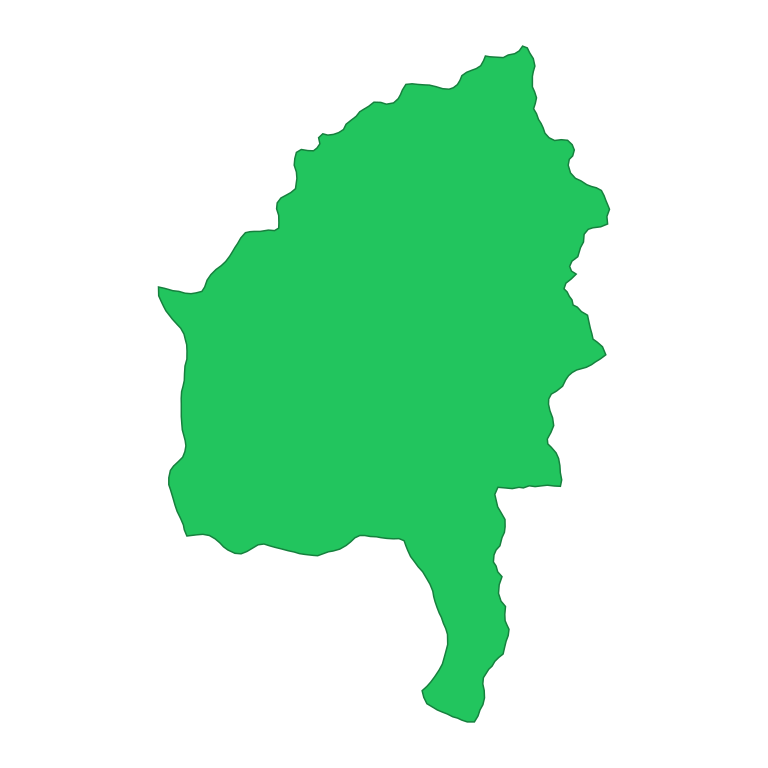 outline of Estrela do Sul, Minas Gerais, Brazil
{"feature_id": "56859067B22487341809350", "entity_name": "Estrela do Sul", "entity_type": "district", "adm_level": 2, "iso_a3": "BRA", "parent_name": "Brazil", "parent_adm1": "Minas Gerais", "projection": "robinson", "projection_center": [-47.718, -18.736], "detail": "fine", "context": "isolated", "style": "filled", "palette": "green", "viewbox_px": 768, "rotation_deg": 0, "n_neighbors": 0, "source": "geoboundaries", "source_scale": "gbopen_adm2", "svg_char_len": 4330}
<svg xmlns="http://www.w3.org/2000/svg" viewBox="0 0 768 768"><path d="M186.9,536.0L192.6,535.3L196.8,534.8L202.9,534.3L209.4,535.5L215.2,538.9L219.9,542.9L223.5,546.8L227.9,550.0L234.9,553.3L241.1,553.8L246.9,551.5L252.6,548.1L258.1,544.8L264.0,544.0L269.6,545.8L274.9,547.3L281.4,548.9L288.1,550.7L294.2,552.0L299.4,553.6L304.7,554.4L309.0,554.9L313.5,555.4L317.7,555.7L322.9,553.8L328.4,551.8L333.1,551.0L339.8,549.1L346.1,545.5L350.6,541.9L354.9,537.8L359.8,535.5L364.8,535.5L370.3,536.5L376.6,536.8L380.6,537.6L386.7,538.4L393.4,538.8L399.0,538.6L404.1,540.7L405.9,545.8L407.7,550.3L410.6,556.6L414.4,561.6L418.1,566.7L422.7,571.8L426.7,578.5L430.0,584.2L432.8,591.1L433.7,596.5L435.0,601.4L437.0,607.3L439.2,613.0L441.4,617.4L443.4,623.3L445.8,628.7L447.5,634.4L447.7,644.5L445.5,652.9L443.7,659.4L442.4,664.0L439.2,669.9L434.8,676.6L430.7,682.1L426.9,686.4L422.1,690.7L423.8,697.4L426.9,703.7L431.6,706.5L437.2,709.9L441.9,711.9L447.3,714.0L452.8,716.8L457.6,718.1L461.8,720.1L467.2,721.9L474.4,721.9L478.0,716.0L480.0,709.9L482.9,704.7L484.5,697.9L484.2,690.5L482.8,683.9L483.4,677.7L486.2,673.3L488.7,669.3L492.1,666.1L494.8,661.4L498.7,657.5L503.1,654.0L504.4,648.3L506.1,641.2L508.2,635.6L509.0,629.3L507.0,625.1L505.1,620.7L504.8,614.4L505.5,606.5L501.0,601.1L498.5,593.4L499.2,584.7L502.0,576.7L497.7,571.8L496.1,566.1L493.4,562.0L494.0,554.9L496.1,550.0L499.9,545.8L502.0,537.6L504.4,532.4L505.1,526.8L505.0,519.5L500.7,512.0L497.7,506.9L496.4,501.3L494.8,494.4L497.9,487.3L505.0,487.9L512.3,488.6L519.0,487.3L523.4,487.9L529.2,485.8L535.1,486.6L541.7,485.8L547.4,485.2L554.3,486.0L560.4,486.3L561.7,479.9L560.3,472.5L559.9,465.7L558.6,458.5L556.1,452.9L551.2,447.2L547.8,443.9L547.3,439.0L550.9,432.5L553.7,425.6L552.6,417.8L549.9,410.6L548.5,404.2L548.7,399.0L551.3,394.1L556.6,391.0L562.6,386.2L565.7,379.8L568.6,375.6L572.2,372.5L576.6,370.0L580.9,368.8L586.3,367.3L591.5,364.7L595.0,362.2L600.5,358.8L605.8,354.8L602.5,346.8L597.3,342.2L593.0,339.1L591.9,333.9L590.3,328.2L589.0,322.3L587.5,315.2L581.4,311.6L577.3,307.1L573.1,305.0L572.0,299.9L569.3,296.3L567.1,291.9L564.0,288.8L565.9,283.2L571.3,278.9L576.2,274.1L571.5,271.1L569.6,266.4L572.0,261.1L577.8,256.7L580.5,247.6L583.5,242.0L584.1,234.3L588.2,229.3L592.8,227.8L600.7,226.8L607.6,224.0L606.9,216.5L609.5,209.3L607.6,204.6L605.8,200.3L604.1,195.7L601.4,190.5L596.4,187.8L591.5,186.5L586.8,184.7L581.0,180.9L575.4,178.3L570.5,172.9L568.2,165.2L569.3,159.3L572.7,155.9L574.3,150.0L572.2,144.7L567.6,140.3L561.3,139.7L554.6,140.5L549.0,137.7L544.9,133.1L543.2,128.0L541.1,123.5L538.5,119.4L536.5,113.7L533.6,108.8L535.3,103.4L536.5,97.8L534.6,91.8L532.4,86.9L532.4,81.6L532.4,76.4L533.3,71.6L534.9,66.1L533.3,58.6L529.7,52.9L527.3,47.9L522.6,46.1L519.2,50.9L514.7,53.7L508.2,55.0L503.3,57.6L498.4,57.3L490.0,56.8L485.4,56.0L483.6,60.6L480.7,65.8L476.0,68.7L471.9,70.2L466.6,72.3L461.9,75.6L460.0,80.3L457.4,84.6L453.4,87.7L449.1,89.2L442.7,88.7L436.1,86.7L429.4,85.1L424.5,84.9L417.7,84.4L412.1,83.8L405.9,84.4L402.4,90.0L400.5,94.6L398.3,98.6L393.6,102.9L386.4,104.2L380.8,102.4L373.9,102.2L368.7,106.3L364.0,109.1L359.8,111.7L356.2,116.3L351.1,120.2L346.1,124.2L343.5,129.5L338.7,132.6L333.5,134.4L327.8,135.1L322.8,133.8L318.6,137.7L319.9,143.8L317.0,148.0L313.5,150.8L307.9,150.6L301.3,149.5L296.4,152.4L294.8,158.6L294.2,165.2L296.4,172.0L296.9,178.4L296.2,183.5L295.5,188.7L290.8,192.6L286.1,195.2L280.9,198.0L277.2,202.9L276.6,208.8L278.7,215.4L278.9,222.9L278.7,228.1L274.6,230.6L268.4,230.1L260.3,231.4L254.3,231.4L250.0,231.7L245.4,232.7L240.9,237.8L237.5,243.7L235.0,247.4L232.6,251.5L229.7,256.2L225.7,261.5L221.2,265.7L216.0,269.5L210.9,274.6L207.1,280.1L204.7,287.0L201.9,291.4L196.1,292.9L191.0,293.7L185.0,293.2L178.9,291.4L172.8,290.7L168.4,289.4L164.4,288.3L158.5,287.0L158.7,295.8L161.2,301.4L163.7,306.6L165.9,310.8L169.3,315.2L172.4,319.2L177.3,324.6L180.7,328.2L184.0,334.1L185.4,339.8L186.7,344.7L187.0,351.1L186.9,359.1L185.0,366.0L184.5,373.9L184.3,380.5L183.0,386.4L181.6,391.6L181.2,398.5L181.3,403.9L181.3,409.9L181.3,416.6L181.8,423.5L182.3,429.8L183.9,435.7L185.2,440.7L185.9,445.9L184.9,451.6L182.7,457.2L178.3,461.6L173.6,466.0L170.4,470.4L168.8,477.8L168.8,484.7L170.4,489.4L172.9,497.7L175.1,505.4L177.1,511.3L180.7,518.7L183.4,525.0L184.3,529.8L186.9,536.0Z" fill="#22c55e" stroke="#15803d" stroke-width="1.5"/></svg>